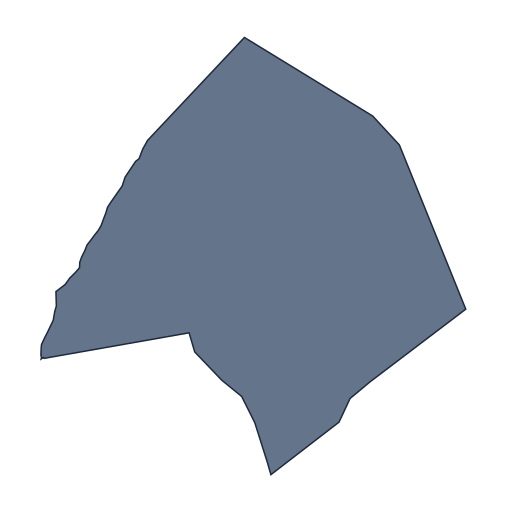 Soucis, Anse-la-Raye, Saint Lucia (Equal Earth projection), rotated 2°
{"feature_id": "8701671B87099663459533", "entity_name": "Soucis", "entity_type": "district", "adm_level": 2, "iso_a3": "LCA", "parent_name": "Saint Lucia", "parent_adm1": "Anse-la-Raye", "projection": "equal_earth", "projection_center": [-61.001, 13.977], "detail": "fine", "context": "isolated", "style": "filled", "palette": "slate", "viewbox_px": 512, "rotation_deg": 2, "n_neighbors": 0, "source": "geoboundaries", "source_scale": "gbopen_adm2", "svg_char_len": 777}
<svg xmlns="http://www.w3.org/2000/svg" viewBox="0 0 512 512"><g transform="rotate(2 256 256)"><path d="M44.9,366.4L47.0,364.9L47.8,365.7L191.8,335.1L198.1,354.0L226.2,381.4L246.6,396.9L260.6,422.6L274.6,462.0L278.5,474.0L344.8,419.1L355.0,395.1L374.1,378.0L467.5,301.8L395.4,140.0L367.8,112.1L344.5,98.9L236.8,38.0L143.7,144.1L139.1,153.0L135.7,162.9L132.4,165.6L122.4,181.8L119.8,190.8L115.5,197.3L108.3,208.5L105.9,212.5L104.6,217.7L102.0,225.3L100.1,231.1L97.3,236.2L94.0,240.6L90.5,245.7L86.8,250.8L84.5,257.2L81.8,263.0L80.1,268.4L80.0,273.9L76.2,278.6L70.6,284.6L66.4,291.0L57.3,298.5L58.2,313.1L56.8,318.4L55.6,327.3L53.1,333.0L50.0,340.1L47.7,344.9L44.7,352.0L44.5,356.3L44.5,362.5L45.2,365.1L44.9,366.4Z" fill="#64748b" stroke="#1e293b" stroke-width="1.5"/></g></svg>